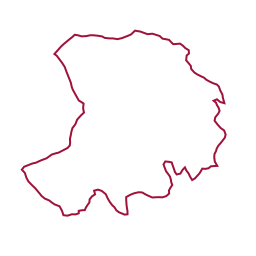 the district of Icém, São Paulo, Brazil, rotated 280°
{"feature_id": "56859067B31736587955122", "entity_name": "Icém", "entity_type": "district", "adm_level": 2, "iso_a3": "BRA", "parent_name": "Brazil", "parent_adm1": "São Paulo", "projection": "albers", "projection_center": [-49.2, -20.366], "detail": "fine", "context": "isolated", "style": "outline", "palette": "rose", "viewbox_px": 256, "rotation_deg": 280, "n_neighbors": 0, "source": "geoboundaries", "source_scale": "gbopen_adm2", "svg_char_len": 2390}
<svg xmlns="http://www.w3.org/2000/svg" viewBox="0 0 256 256"><g transform="rotate(280 128 128)"><path d="M71.8,32.4L68.5,30.7L65.9,34.2L61.2,36.7L58.1,39.2L55.3,43.0L52.4,47.3L50.1,50.0L48.1,52.4L46.2,54.5L44.1,58.2L42.9,63.2L41.4,65.9L40.0,69.0L39.0,74.2L35.1,77.3L30.9,79.6L31.2,83.8L33.3,87.7L33.8,91.3L35.4,94.3L37.9,93.9L39.1,97.2L39.6,99.7L42.2,100.3L45.1,101.5L48.0,102.9L51.1,102.6L54.4,104.4L56.9,107.1L60.4,105.5L62.1,109.1L61.5,113.0L59.0,117.6L55.2,120.2L52.0,122.9L49.3,125.8L47.7,128.3L44.8,131.0L43.4,133.8L42.8,136.7L42.1,139.7L42.9,142.5L46.1,141.9L51.3,140.1L56.5,138.8L59.6,138.2L62.2,141.3L64.2,144.3L65.4,146.8L66.6,149.7L67.0,153.2L65.7,156.6L64.7,160.2L63.8,164.0L65.1,169.5L65.7,173.9L67.5,177.4L70.5,179.9L73.6,179.2L76.4,180.1L79.6,181.5L82.1,180.0L84.8,179.1L87.5,177.7L89.8,175.4L92.0,173.0L95.5,170.9L98.3,169.3L101.5,170.5L101.8,173.9L101.7,177.0L98.9,178.5L95.8,180.3L92.9,181.8L90.7,184.0L92.2,187.5L96.2,189.0L99.1,190.9L96.2,192.9L93.9,195.4L90.5,197.9L87.9,200.2L90.0,202.7L92.6,204.3L95.6,206.2L98.3,207.3L100.9,208.2L101.2,211.4L102.4,214.4L104.6,216.2L105.3,218.7L106.2,222.5L110.0,219.3L114.2,218.0L117.5,217.7L120.2,218.6L123.3,219.0L126.2,220.0L129.7,222.1L135.2,225.0L138.5,225.3L142.3,223.1L144.1,219.2L146.8,215.8L150.2,212.0L153.7,212.1L157.9,214.4L160.8,215.2L163.8,213.6L166.2,211.5L168.3,210.2L169.7,207.6L171.7,210.6L169.6,214.3L169.2,218.6L174.2,216.2L177.3,215.2L180.9,212.4L184.7,210.2L186.3,207.9L186.8,204.3L187.8,200.6L189.1,196.8L190.8,194.0L191.8,190.2L192.8,186.9L194.2,183.7L197.1,180.0L200.0,179.1L201.9,177.0L204.8,173.5L209.6,173.2L211.9,175.1L215.2,174.3L216.6,170.6L218.6,167.8L220.1,164.6L218.4,158.0L220.1,155.5L221.9,153.2L222.0,150.6L222.0,146.4L224.1,143.2L225.1,135.7L223.8,130.9L225.1,123.5L225.1,118.0L220.6,114.7L218.4,111.3L215.4,106.3L213.7,102.3L213.6,97.7L213.0,93.9L212.7,89.4L213.7,86.6L213.6,81.5L213.3,77.9L212.8,74.7L211.3,71.1L210.2,66.4L210.6,62.8L210.6,59.4L207.7,57.2L205.4,55.1L202.8,52.9L199.5,50.1L196.4,47.8L188.1,42.7L186.7,45.4L180.6,51.9L177.0,55.2L173.6,57.1L162.6,63.9L158.6,65.5L156.0,67.1L146.6,74.7L144.4,80.0L140.2,80.3L137.8,81.0L135.6,82.0L132.1,79.4L127.5,76.5L122.5,75.5L118.3,73.3L114.5,72.9L110.7,72.9L107.4,72.7L103.3,73.6L100.6,73.7L97.8,71.9L91.8,64.1L90.4,61.0L88.6,57.5L84.0,53.0L80.8,47.6L77.8,43.3L76.5,40.1L71.8,32.4Z" fill="none" stroke="#9f1239" stroke-width="2"/></g></svg>